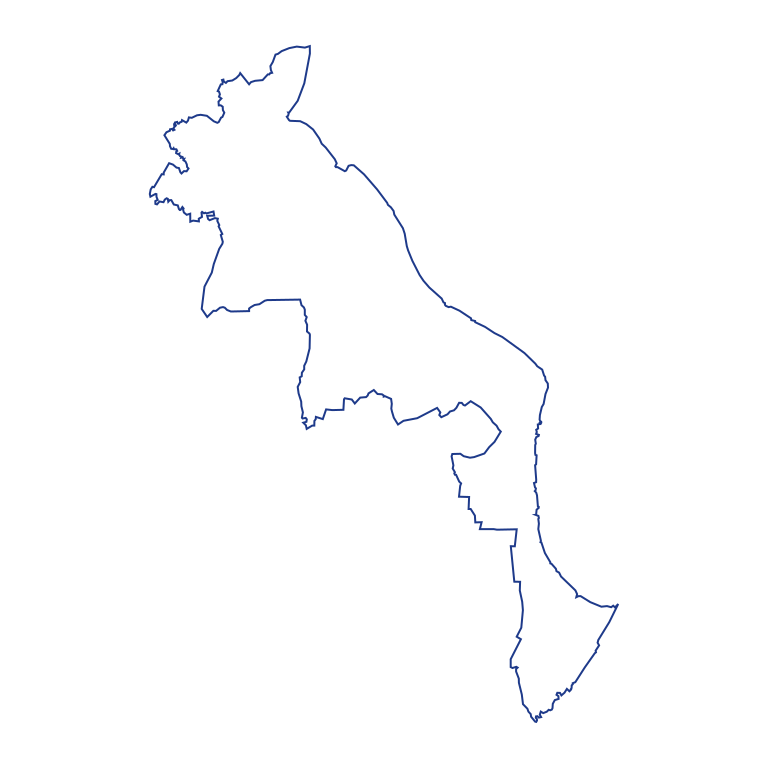 Ban Laem, Phetchaburi, Thailand
{"feature_id": "78962969B10571681273524", "entity_name": "Ban Laem", "entity_type": "district", "adm_level": 2, "iso_a3": "THA", "parent_name": "Thailand", "parent_adm1": "Phetchaburi", "projection": "robinson", "projection_center": [99.981, 13.152], "detail": "fine", "context": "isolated", "style": "outline", "palette": "blue", "viewbox_px": 768, "rotation_deg": 0, "n_neighbors": 0, "source": "geoboundaries", "source_scale": "gbopen_adm2", "svg_char_len": 6090}
<svg xmlns="http://www.w3.org/2000/svg" viewBox="0 0 768 768"><path d="M169.1,163.2L163.7,172.6L163.7,174.4L161.7,174.2L154.0,187.2L152.4,186.8L150.7,189.4L149.8,194.0L150.4,196.7L155.5,193.9L156.4,194.1L156.5,196.9L157.7,199.9L155.3,201.1L155.4,203.9L157.0,204.4L159.5,201.5L163.5,202.2L164.8,199.6L166.6,198.3L167.8,198.8L168.3,201.7L169.7,200.1L171.3,200.1L173.8,204.5L177.8,205.4L178.9,209.0L179.8,210.0L180.5,209.9L182.4,207.0L183.6,208.5L183.1,209.7L183.9,212.5L186.7,214.8L190.2,213.7L190.3,221.7L193.1,220.6L198.9,221.4L198.8,218.7L202.0,216.9L201.5,212.6L202.1,211.9L204.0,213.3L205.3,212.7L206.5,213.4L213.5,211.5L214.2,215.6L207.2,215.8L208.1,219.0L209.6,220.2L214.9,218.1L217.8,218.7L217.3,220.9L219.3,225.1L218.6,226.3L222.3,234.0L220.8,235.0L222.8,241.8L222.4,243.7L219.2,248.9L213.8,264.0L211.8,272.6L204.5,286.6L201.7,308.9L207.2,317.0L213.4,310.8L216.1,310.9L220.0,307.7L223.0,307.1L224.8,307.7L227.1,310.0L230.9,311.5L249.1,311.1L249.1,308.5L251.1,307.0L254.6,305.0L259.4,304.2L264.8,300.7L267.2,300.1L300.1,299.6L301.5,305.2L303.9,307.4L304.8,309.6L304.8,314.9L306.7,317.1L305.4,320.8L307.1,324.7L307.0,331.5L309.5,333.6L309.9,334.8L309.6,348.4L306.3,361.5L304.2,365.8L304.2,369.4L301.9,372.7L301.7,376.3L299.7,377.4L300.2,382.1L297.7,386.9L298.6,393.4L301.2,401.6L301.4,406.2L302.9,412.4L301.9,417.7L302.6,418.5L305.7,417.9L306.8,419.3L306.4,421.8L303.3,422.7L305.9,425.3L306.7,428.9L312.2,425.6L314.3,425.6L314.4,420.9L315.7,419.2L315.9,416.9L322.8,419.1L326.1,409.4L332.3,410.1L343.4,409.8L344.0,399.3L344.7,398.3L351.8,399.5L354.8,403.5L360.2,397.6L366.1,397.1L367.7,395.5L368.5,393.4L373.8,390.0L377.5,394.0L382.0,394.3L383.7,395.5L383.7,396.6L385.0,396.2L391.1,398.9L391.8,403.8L391.3,408.6L392.0,411.6L393.8,417.7L398.0,424.5L403.5,420.8L417.2,418.2L437.1,407.9L440.3,412.4L439.3,415.0L441.3,417.2L447.5,414.3L450.0,411.5L454.0,410.3L456.4,407.8L459.1,402.8L461.8,402.9L463.5,405.0L465.0,405.5L470.7,401.2L480.7,407.5L490.8,418.9L492.8,422.3L496.6,425.7L498.5,429.2L500.8,431.6L494.5,441.9L489.2,447.1L484.4,453.5L474.1,457.1L470.0,457.7L463.7,456.2L460.4,453.8L452.3,454.0L451.6,456.3L453.4,465.4L452.7,468.5L454.9,472.2L454.3,473.3L454.9,474.7L456.1,474.8L459.2,481.6L461.1,483.4L460.2,485.8L459.0,496.7L469.1,497.0L468.6,509.0L470.7,509.0L474.9,515.6L475.3,522.4L481.6,522.2L479.9,529.1L493.6,529.1L497.0,529.7L516.7,529.3L514.8,546.3L510.8,546.2L514.3,581.7L520.1,581.8L519.8,590.5L522.2,601.8L522.9,610.2L521.3,627.7L516.7,636.7L520.9,639.2L510.7,659.2L510.7,667.1L512.5,668.0L516.3,666.8L517.6,667.6L516.1,669.0L516.1,671.5L518.8,678.6L518.9,682.7L521.8,694.5L523.0,704.2L527.4,708.7L528.4,711.6L530.7,714.1L531.1,716.7L535.1,721.6L536.2,721.9L537.0,720.5L536.9,719.1L535.8,717.8L536.0,716.4L537.4,716.2L538.9,717.6L541.1,717.1L539.8,714.7L540.8,711.6L543.2,713.1L546.8,711.7L548.7,709.8L550.2,710.3L551.8,709.6L552.5,708.2L552.8,703.8L554.8,700.1L558.6,698.9L558.4,696.1L556.5,694.8L557.3,692.8L560.0,692.9L561.4,695.4L564.5,692.7L566.9,688.9L569.4,691.3L570.9,689.8L571.5,690.2L570.8,689.2L571.6,688.0L571.7,685.4L572.8,684.2L572.7,683.2L575.3,682.2L584.8,667.4L594.8,653.2L596.0,652.3L595.6,650.7L599.1,645.4L597.6,642.7L598.3,640.0L609.3,622.1L618.2,604.0L615.0,607.4L613.2,605.7L611.2,607.2L607.0,606.1L601.4,606.7L590.2,602.1L580.6,596.1L578.6,596.1L576.3,597.2L577.1,594.1L575.4,590.4L561.0,576.5L559.1,572.6L556.5,571.2L555.9,568.8L551.6,563.9L550.3,563.4L550.3,562.2L544.9,553.0L541.4,542.5L540.5,542.2L540.9,540.7L538.3,529.1L538.9,523.7L538.3,519.0L538.9,518.0L538.4,515.9L535.5,514.8L536.1,514.7L536.6,509.7L538.7,507.9L538.7,506.8L537.9,506.5L537.0,495.3L536.2,492.6L534.8,491.1L535.5,490.4L535.9,488.4L535.0,487.3L534.0,483.0L536.1,482.2L536.2,479.6L535.1,465.2L536.1,464.3L536.6,455.3L535.4,454.9L535.1,453.1L535.2,445.0L535.8,443.7L535.2,439.7L536.3,437.1L538.6,436.0L538.9,434.9L536.1,433.9L536.8,432.0L536.2,429.8L538.1,428.5L537.8,424.5L539.7,424.1L539.5,423.0L540.2,422.4L540.9,423.4L541.3,422.7L541.2,421.7L540.1,421.0L539.6,419.6L539.9,415.1L541.8,407.0L543.6,404.0L545.5,394.0L548.0,387.6L547.8,383.5L545.5,380.2L545.1,376.7L544.1,375.6L542.2,369.6L537.3,366.3L535.3,363.6L524.4,353.0L502.3,337.0L494.5,333.1L484.9,326.8L475.2,322.2L475.1,321.0L471.3,320.1L471.0,318.3L459.5,310.7L450.9,306.7L448.6,307.1L445.7,305.8L444.9,304.7L445.0,303.1L443.5,302.4L441.7,298.6L429.3,287.5L423.5,280.8L419.6,275.0L412.4,260.9L408.1,250.4L406.8,246.1L404.7,233.7L402.9,228.2L394.3,214.6L393.6,211.0L390.9,207.3L387.9,204.8L387.2,202.9L377.1,189.4L364.0,174.3L353.8,165.3L351.2,165.1L348.6,165.8L346.2,170.5L344.8,171.2L337.5,167.1L335.9,167.1L335.3,166.3L336.7,163.3L334.8,159.2L325.7,147.5L321.7,143.7L319.4,138.6L313.1,129.5L306.3,124.1L300.2,121.2L290.0,120.8L289.1,120.2L286.8,116.7L288.1,115.7L288.7,113.4L288.2,112.5L289.2,112.5L297.7,100.8L304.3,83.3L309.9,53.6L309.8,46.1L304.9,47.6L296.8,46.6L289.3,48.1L281.7,51.1L277.9,53.9L275.5,54.6L272.8,62.0L270.4,66.1L270.9,70.1L272.1,72.8L270.1,73.2L269.3,74.4L267.8,74.4L262.6,80.1L255.1,80.8L251.0,82.1L249.1,84.3L240.2,73.1L239.3,75.0L236.2,78.1L232.3,80.5L227.5,81.2L225.9,82.9L223.8,81.5L223.4,79.6L222.0,80.0L222.7,82.1L222.4,84.2L220.8,84.4L217.7,91.1L219.0,91.6L219.9,94.3L219.0,96.7L221.4,98.5L218.5,101.6L218.8,105.4L220.7,105.3L222.7,106.7L222.9,110.1L224.3,112.7L222.4,117.0L221.1,117.6L218.7,122.1L217.3,122.8L213.8,121.3L206.9,115.8L200.6,114.8L197.0,115.3L191.8,117.8L188.9,117.4L188.0,120.6L186.3,122.6L182.0,120.1L181.6,121.8L180.0,122.3L178.8,123.7L177.9,123.6L177.2,121.9L174.9,122.5L174.7,123.3L175.9,125.3L175.5,125.9L174.2,125.1L174.4,127.0L173.3,128.5L174.4,129.8L173.1,130.4L172.0,128.9L170.0,129.3L169.9,130.7L166.5,132.2L164.4,135.2L169.8,143.9L170.0,146.2L171.2,148.8L173.1,149.0L173.6,148.3L173.9,149.2L176.4,149.3L177.2,150.9L176.3,151.5L176.1,153.1L178.2,154.2L179.3,153.6L179.1,154.6L180.1,156.2L181.6,156.7L181.2,157.7L182.7,157.3L183.3,159.1L184.2,158.9L183.5,160.3L185.4,161.4L186.8,164.4L187.1,167.0L188.5,168.5L186.6,171.3L184.0,171.1L181.5,173.5L180.4,172.3L178.9,168.0L176.5,167.6L173.0,164.6L169.1,163.2Z" fill="none" stroke="#1e3a8a" stroke-width="2"/></svg>